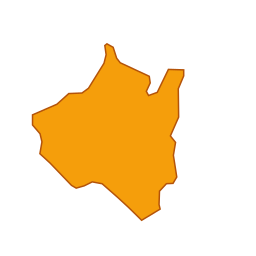 the border of West Lothian, rotated 133°
{"feature_id": "GBR-2025", "entity_name": "West Lothian", "entity_type": "Unitary District", "adm_level": 1, "iso_a3": "GBR", "parent_name": "United Kingdom", "parent_adm1": "", "projection": "orthographic", "projection_center": [-3.588, 55.888], "detail": "fine", "context": "isolated", "style": "filled", "palette": "amber", "viewbox_px": 256, "rotation_deg": 133, "n_neighbors": 0, "source": "natural_earth", "source_scale": "10m", "svg_char_len": 713}
<svg xmlns="http://www.w3.org/2000/svg" viewBox="0 0 256 256"><g transform="rotate(133 128 128)"><path d="M165.4,49.2L186.2,55.1L186.2,55.3L186.1,58.0L185.7,73.8L185.8,88.7L186.4,108.9L191.8,117.4L200.2,120.6L207.3,124.9L208.5,130.2L206.8,161.1L206.9,174.9L196.8,181.5L192.2,188.4L190.9,199.9L183.5,206.8L159.1,196.2L143.2,194.8L133.8,185.5L125.9,184.0L97.0,189.7L89.3,194.0L83.5,201.2L80.8,200.8L80.0,197.5L79.1,193.9L84.7,183.9L85.6,178.2L75.7,147.7L79.9,142.5L88.7,139.6L90.2,135.1L82.0,130.9L57.6,138.4L47.5,126.9L51.9,122.8L65.0,118.0L85.5,98.4L104.9,91.6L106.1,83.4L117.0,76.2L130.6,58.9L137.8,57.3L142.5,61.9L152.7,61.9L162.8,53.1L165.4,49.2Z" fill="#f59e0b" stroke="#b45309" stroke-width="1.5"/></g></svg>